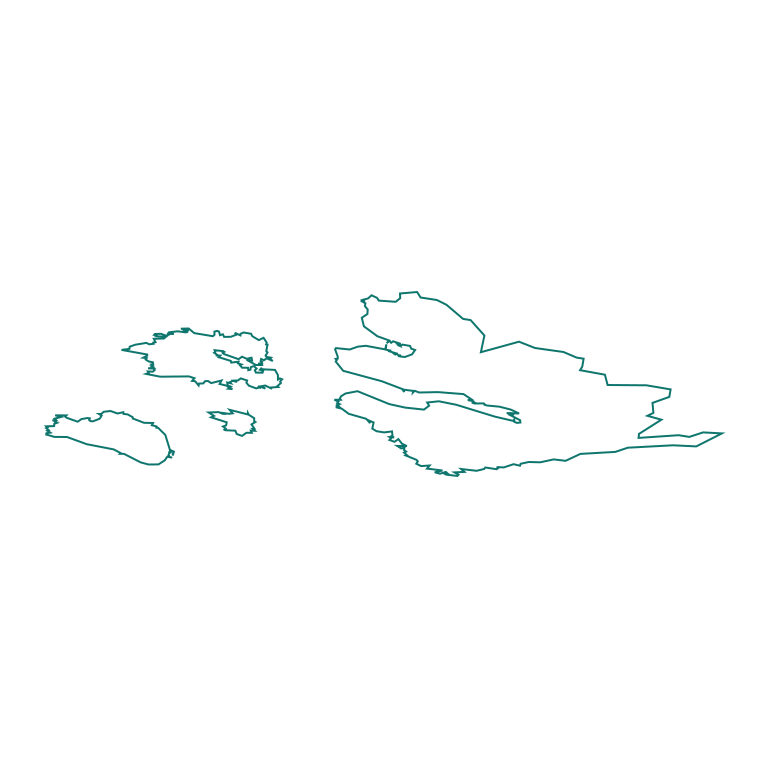 outline of Sande nor, Møre og Romsdal, Norway
{"feature_id": "86288312B47484772904149", "entity_name": "Sande nor", "entity_type": "district", "adm_level": 2, "iso_a3": "NOR", "parent_name": "Norway", "parent_adm1": "Møre og Romsdal", "projection": "equal_earth", "projection_center": [5.514, 62.239], "detail": "fine", "context": "isolated", "style": "outline", "palette": "teal", "viewbox_px": 768, "rotation_deg": 0, "n_neighbors": 0, "source": "geoboundaries", "source_scale": "gbopen_adm2", "svg_char_len": 6094}
<svg xmlns="http://www.w3.org/2000/svg" viewBox="0 0 768 768"><path d="M371.5,295.3L368.1,298.4L360.7,300.4L365.0,300.7L362.4,301.6L365.4,303.3L364.9,306.1L367.7,309.5L367.4,314.0L361.8,317.8L363.9,326.3L377.3,336.2L389.2,340.5L386.6,343.2L389.4,340.9L391.1,342.8L393.1,341.3L400.8,343.9L397.0,343.7L398.3,345.3L399.8,345.9L398.9,344.7L401.5,345.3L400.6,346.0L402.4,344.6L410.0,345.9L411.3,348.7L415.1,350.0L412.1,354.3L404.9,357.0L400.2,356.5L400.1,355.3L399.2,354.9L399.8,355.4L398.7,356.0L397.1,353.7L395.3,354.6L393.8,353.5L394.7,352.9L389.3,351.3L390.0,350.5L385.7,349.6L386.4,344.3L385.2,349.4L365.9,345.8L358.0,346.6L349.7,349.5L335.9,348.1L335.1,349.3L337.8,356.8L337.7,358.6L335.7,358.9L336.7,360.1L335.7,361.5L343.2,370.8L381.7,381.2L403.0,389.3L402.8,390.0L404.3,392.0L403.4,389.6L413.2,390.9L412.9,392.6L414.6,390.8L419.2,392.5L437.9,392.1L463.5,394.1L471.4,399.3L467.8,400.1L474.1,401.3L472.1,401.2L474.0,402.2L471.8,402.5L474.5,403.5L483.8,403.4L484.7,404.3L483.6,404.5L487.1,405.5L499.6,406.7L510.8,409.6L519.1,413.5L506.7,413.0L514.1,414.3L510.2,415.1L520.1,420.2L520.4,422.5L517.1,422.9L514.5,422.0L514.2,419.5L513.2,420.9L494.8,416.6L456.4,404.8L438.9,401.3L427.2,402.5L429.1,405.7L424.0,409.6L405.2,407.6L389.3,404.1L357.5,391.2L345.5,393.5L341.0,396.3L339.9,398.4L340.8,399.8L334.4,399.7L338.4,401.7L337.2,403.1L339.5,404.1L337.4,404.9L338.9,406.4L336.6,406.2L336.6,407.4L341.7,408.6L348.7,413.8L366.2,418.8L370.1,423.2L369.0,420.5L373.6,422.5L372.3,428.6L376.5,431.2L384.1,432.4L392.0,431.4L392.5,435.6L391.3,436.2L394.1,437.5L389.7,437.2L391.1,438.3L389.5,440.0L394.5,441.8L398.4,439.1L401.8,443.6L406.9,446.1L397.2,445.9L401.1,448.4L404.5,447.7L403.9,449.8L406.1,451.6L404.0,452.6L406.9,455.1L405.8,455.5L416.2,459.7L417.8,461.3L416.3,463.7L421.1,466.1L429.6,465.5L427.0,468.6L442.5,470.5L434.7,472.3L440.1,473.7L445.8,471.9L446.8,472.8L445.4,473.1L446.6,473.5L445.0,474.0L446.1,474.6L457.3,476.0L458.5,474.7L454.5,472.4L464.4,471.9L461.1,469.0L476.5,470.8L484.1,469.0L485.3,467.5L496.6,469.2L498.3,468.0L496.7,467.1L503.8,467.4L513.6,464.2L520.0,465.7L520.6,463.8L528.7,462.0L540.2,462.3L553.7,459.4L565.6,460.8L580.4,453.9L615.3,451.9L627.8,447.7L672.9,445.3L696.3,446.4L721.9,433.4L703.1,432.4L689.3,436.9L678.6,435.2L638.6,437.9L639.0,433.9L661.4,419.7L647.4,415.8L653.4,412.9L652.5,402.9L669.3,396.9L670.6,389.4L646.4,385.3L607.6,385.0L604.9,374.7L580.1,370.2L582.3,366.5L583.6,358.7L576.6,357.6L563.5,352.0L535.0,348.0L519.0,341.7L480.9,352.2L484.4,335.5L470.6,320.1L463.1,318.9L446.5,304.8L436.9,300.0L420.6,297.5L417.1,292.0L400.0,293.5L400.2,298.2L395.7,301.8L378.8,300.6L377.1,297.9L371.5,295.3ZM188.7,328.5L180.9,328.7L188.9,330.1L182.9,330.1L188.2,332.0L184.0,331.6L186.7,332.5L177.7,331.3L168.3,332.4L173.8,334.1L167.0,333.5L169.7,334.3L166.2,335.7L160.9,333.8L154.9,334.0L154.2,334.8L156.3,335.0L154.3,335.6L157.7,335.9L155.6,336.2L166.0,336.8L163.9,338.5L153.8,338.8L155.5,342.2L153.3,342.6L153.6,343.8L149.2,344.3L146.4,342.9L135.3,344.7L129.7,346.7L129.4,348.9L121.5,349.9L147.2,354.5L147.2,355.7L143.2,357.7L146.6,358.1L145.7,359.5L148.6,361.4L152.9,362.3L153.2,364.0L151.4,364.4L152.9,365.7L151.4,366.1L153.8,367.9L148.1,368.3L153.5,368.6L154.7,370.0L152.8,371.7L147.8,371.4L148.7,373.0L146.1,373.9L160.2,376.7L188.9,376.4L194.4,378.2L192.1,380.9L195.1,381.2L198.6,385.5L199.0,383.6L203.3,383.4L205.0,381.2L208.0,381.0L211.2,383.1L221.5,380.5L219.6,384.0L226.5,385.6L229.5,388.1L228.5,388.7L232.4,389.1L228.5,386.6L229.9,386.3L227.7,385.4L227.2,382.5L230.8,383.3L229.8,382.2L233.0,380.8L237.0,382.0L234.3,380.6L237.8,380.5L240.8,378.4L247.1,380.5L246.4,382.7L248.9,385.7L256.2,388.4L258.3,387.8L257.2,387.3L261.0,387.9L258.3,386.1L265.4,388.5L261.1,386.3L265.2,385.5L272.0,388.8L270.7,387.5L278.3,387.0L277.4,386.1L280.9,383.0L280.1,381.5L282.1,379.3L279.9,378.4L278.0,379.5L277.9,375.0L275.0,369.9L261.0,369.2L261.8,367.7L259.9,369.8L263.2,370.9L262.5,372.7L255.9,372.6L254.8,370.3L256.6,368.6L254.0,366.1L250.8,367.1L250.5,369.6L248.3,370.2L248.1,367.8L242.1,367.7L240.0,365.3L241.5,364.5L237.9,363.3L238.5,361.7L231.2,362.6L230.8,360.9L218.7,357.2L220.2,355.6L215.8,355.5L217.3,354.9L214.1,352.7L215.4,351.7L214.7,350.2L223.1,351.1L224.3,351.9L222.7,352.9L224.1,354.1L238.6,359.2L242.0,356.7L246.8,358.8L251.5,357.7L252.1,360.5L246.6,359.8L255.9,365.0L260.6,365.0L258.2,363.4L262.9,364.5L261.5,363.3L262.1,361.9L260.6,361.6L261.1,359.0L264.0,360.2L266.7,358.3L272.8,361.0L270.0,358.8L271.1,357.7L266.7,357.0L265.6,355.6L267.5,352.4L266.3,351.1L267.5,344.7L266.1,344.4L266.7,342.7L263.6,337.8L258.8,340.1L252.3,336.2L251.1,333.8L243.7,332.5L240.6,333.8L240.4,335.4L234.8,332.8L236.4,334.7L230.8,336.8L224.1,336.9L222.9,334.3L220.0,335.2L219.0,331.6L217.2,330.9L214.4,331.6L214.5,334.8L212.9,336.2L194.2,333.1L188.7,328.5ZM66.4,415.4L55.2,415.3L61.0,417.0L54.6,418.7L56.0,420.1L53.6,419.8L56.0,420.4L52.5,420.2L56.8,421.9L54.3,422.2L56.8,422.9L54.3,423.8L54.1,426.1L46.3,426.3L47.5,427.4L46.1,428.1L48.7,430.1L47.3,430.7L50.3,432.6L46.5,433.2L46.2,434.5L54.5,436.9L67.0,437.0L86.8,444.2L113.7,449.4L120.7,453.1L120.0,453.8L124.1,453.9L140.7,462.4L148.5,464.5L158.5,464.4L164.8,460.3L167.2,456.8L172.2,457.6L168.4,456.8L170.0,456.0L168.2,456.1L169.3,452.9L170.4,452.9L169.0,452.5L171.6,452.4L169.4,452.0L169.9,450.8L173.3,451.4L172.7,455.6L173.9,451.7L169.9,449.8L165.3,434.9L158.2,427.9L156.4,427.7L156.6,426.5L151.8,425.2L153.0,423.0L144.0,422.8L132.8,418.5L132.7,417.2L127.6,414.4L123.5,413.9L123.3,412.2L117.5,413.5L110.5,411.0L103.7,411.8L101.2,414.0L99.0,414.0L101.6,415.6L99.7,418.7L93.0,421.3L90.4,421.1L89.1,419.9L89.8,418.4L87.6,418.0L81.4,419.1L77.7,421.7L66.4,417.7L65.3,416.6L66.4,415.4ZM247.6,414.4L229.6,409.8L232.7,413.3L228.9,413.8L222.5,412.9L223.8,413.9L222.9,413.9L218.6,412.1L208.7,412.5L214.0,415.9L211.1,417.3L226.7,422.3L226.1,425.4L223.0,426.5L225.7,428.6L224.4,429.7L225.2,430.2L235.4,430.7L236.7,434.0L242.0,435.9L246.4,432.8L251.8,432.8L250.8,430.6L254.8,430.8L252.6,428.8L254.5,428.7L251.5,424.4L255.4,422.0L254.2,421.3L254.2,418.2L248.7,414.7L247.8,412.8L247.6,414.4Z" fill="none" stroke="#0f766e" stroke-width="2"/></svg>